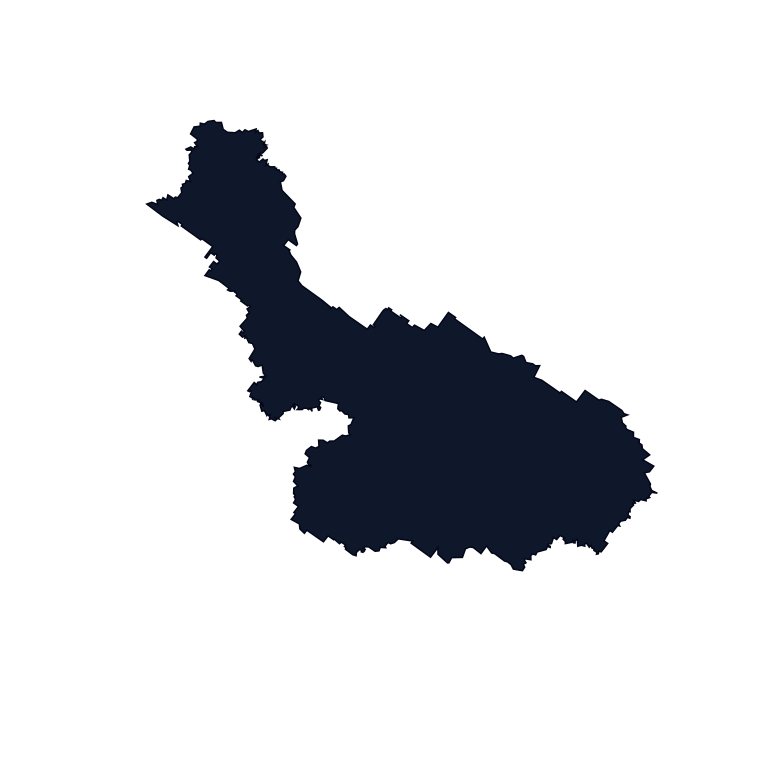 the district of Bathurst, New South Wales, Australia, rotated 117°
{"feature_id": "25037944B26387144583263", "entity_name": "Bathurst", "entity_type": "district", "adm_level": 2, "iso_a3": "AUS", "parent_name": "Australia", "parent_adm1": "New South Wales", "projection": "equal_earth", "projection_center": [149.529, -33.473], "detail": "fine", "context": "isolated", "style": "filled", "palette": "ink", "viewbox_px": 768, "rotation_deg": 117, "n_neighbors": 0, "source": "geoboundaries", "source_scale": "gbopen_adm2", "svg_char_len": 6164}
<svg xmlns="http://www.w3.org/2000/svg" viewBox="0 0 768 768"><g transform="rotate(117 384 384)"><path d="M331.4,677.1L334.9,657.2L336.5,639.5L333.5,642.4L332.7,641.1L333.4,636.1L335.2,636.4L338.8,612.8L337.2,612.4L339.3,599.0L352.2,601.2L352.5,599.1L345.7,598.0L346.3,593.8L344.5,593.5L344.8,591.5L347.9,590.9L349.2,586.0L353.0,587.4L352.2,591.4L359.0,592.7L359.4,589.3L361.8,589.8L361.6,591.6L368.7,592.8L366.8,578.3L369.2,565.3L371.2,566.1L371.2,563.3L368.8,558.8L369.9,558.8L370.4,555.5L372.6,555.9L373.6,549.1L375.1,549.3L376.4,541.0L375.3,540.1L375.4,538.0L379.3,540.1L381.6,536.4L385.2,537.8L387.3,535.7L397.9,538.5L400.6,532.3L402.5,532.8L401.6,535.0L405.3,535.6L406.5,531.3L404.1,529.4L406.3,528.8L405.1,527.6L408.5,523.2L407.6,519.6L411.5,514.9L422.6,515.7L424.2,512.6L422.0,512.5L426.1,506.7L425.6,504.1L422.4,501.2L429.1,496.5L430.6,492.9L434.3,498.1L433.3,493.3L437.5,494.2L439.9,497.3L442.3,497.0L441.6,500.4L451.9,502.3L451.9,500.4L450.5,500.2L451.4,498.6L456.1,497.8L456.0,495.1L457.1,494.3L455.7,493.5L457.0,492.5L455.4,488.4L457.0,488.6L456.3,483.7L457.9,482.3L457.3,485.0L459.2,484.7L463.7,480.5L462.0,478.4L465.2,474.2L463.9,474.3L464.7,472.4L463.1,471.3L467.7,470.2L466.1,468.5L466.2,464.3L464.1,463.5L463.4,465.3L462.8,461.4L462.0,462.6L456.1,460.4L454.4,461.5L449.9,456.0L446.2,456.3L445.5,454.9L446.9,452.6L444.0,452.8L443.7,455.6L442.3,454.9L442.4,450.7L444.4,449.2L446.2,449.8L444.0,445.4L442.0,444.5L440.6,441.7L441.1,439.7L439.3,438.6L441.0,435.6L438.4,437.6L434.6,433.1L437.1,430.5L436.5,429.6L433.8,429.7L432.9,432.0L429.4,432.1L428.2,435.1L426.4,434.4L425.7,431.7L424.5,433.7L423.3,433.2L423.3,431.0L425.5,429.1L422.1,415.7L427.0,414.0L428.1,411.0L426.9,409.8L428.5,405.2L427.3,401.9L430.1,399.8L427.7,395.6L435.1,395.0L437.5,396.8L443.5,393.3L444.6,391.1L447.8,394.7L448.5,397.9L457.5,402.5L459.5,406.4L462.1,407.7L461.7,412.6L463.7,416.8L469.2,413.6L472.2,415.9L472.7,420.3L478.3,422.9L482.0,422.6L483.4,416.9L488.5,416.8L489.8,414.9L489.6,412.0L490.7,411.8L491.6,416.0L497.6,420.9L499.0,426.1L502.3,423.2L505.4,423.8L506.9,420.8L511.9,420.4L513.9,414.6L517.7,417.1L522.7,414.8L523.7,412.3L525.3,412.8L527.0,410.4L531.0,410.6L531.9,404.6L539.4,406.0L539.7,403.9L546.8,405.3L547.1,395.9L551.4,393.1L553.2,387.1L549.3,386.4L552.1,366.3L544.7,364.9L545.6,358.1L544.8,357.9L546.5,351.2L544.3,350.2L544.7,347.2L545.0,345.2L546.8,345.5L547.1,343.5L548.7,343.4L550.3,334.5L549.7,330.9L546.7,332.1L542.9,330.9L542.1,328.1L543.8,328.1L543.6,326.4L542.1,325.7L539.8,325.7L539.9,327.7L537.8,327.2L536.1,323.8L537.1,316.0L534.9,312.7L531.3,313.2L529.1,308.1L528.0,309.4L523.5,308.6L523.3,305.5L520.6,302.8L515.5,301.0L510.9,287.1L513.5,287.6L517.2,263.9L505.3,261.7L511.2,258.6L514.6,246.2L513.9,245.0L508.0,244.9L502.9,235.4L493.8,236.6L490.2,233.4L489.2,230.1L491.1,220.6L481.7,219.1L485.7,211.4L484.9,208.4L487.0,196.3L486.4,193.1L487.3,188.7L490.2,184.7L487.5,175.9L483.3,175.5L481.5,178.0L478.8,176.3L477.3,178.9L475.7,178.9L473.9,173.3L470.3,175.3L468.0,174.5L467.4,171.3L464.2,171.3L457.9,164.4L454.5,164.6L454.2,161.7L453.1,162.2L453.3,165.0L452.2,165.1L450.2,162.3L443.9,163.3L444.2,159.5L439.1,158.4L439.1,153.2L440.9,154.0L442.0,150.9L443.9,150.0L439.8,144.8L437.5,144.7L439.5,143.1L438.9,141.6L436.9,142.5L434.6,141.2L440.6,137.7L438.1,135.0L437.3,131.5L435.5,132.7L434.0,131.1L436.2,127.0L433.8,126.4L435.8,124.1L435.3,122.1L437.0,121.5L437.3,117.9L439.2,117.4L438.0,115.9L435.5,116.7L435.0,114.3L424.5,112.3L423.9,116.8L412.0,116.3L412.4,113.2L404.0,111.5L403.5,109.5L402.0,111.4L398.8,110.9L395.8,107.1L392.3,106.6L392.0,104.0L390.5,104.4L390.0,107.0L386.8,108.2L386.2,106.7L383.4,108.2L378.5,106.7L377.4,108.3L376.0,106.0L374.1,108.7L373.1,103.8L370.4,102.9L369.1,97.4L367.3,98.4L364.5,95.7L363.9,97.2L359.0,96.2L357.2,90.9L357.4,97.1L354.6,100.5L352.1,101.2L345.0,111.7L341.7,107.6L334.7,106.3L334.1,119.1L326.5,115.1L324.3,124.4L321.2,126.5L320.7,129.9L317.6,131.2L318.3,137.5L313.7,139.8L314.2,146.6L313.5,148.7L311.7,149.3L310.4,153.9L306.0,157.5L300.9,152.9L301.5,156.6L299.6,160.1L297.5,175.8L298.9,183.3L300.8,185.2L298.5,201.9L312.6,204.4L310.0,222.6L312.1,223.0L309.0,245.0L310.0,253.5L297.0,253.6L299.0,257.4L298.5,260.7L300.4,267.2L296.0,272.2L295.9,274.3L302.3,280.6L301.4,284.0L303.2,292.7L305.1,295.4L307.0,303.4L296.8,316.0L299.1,316.5L293.9,350.7L292.2,350.4L291.0,359.1L308.9,361.8L308.8,369.7L318.0,372.4L317.7,383.6L320.8,384.4L319.9,391.3L316.4,390.6L315.0,401.3L315.8,398.8L317.6,399.1L315.9,411.2L314.4,410.9L314.0,414.4L316.2,414.7L315.9,416.6L318.3,417.9L321.6,418.5L336.1,420.4L336.4,418.3L338.2,418.7L337.6,422.9L342.8,423.8L339.8,445.7L336.1,458.7L339.1,459.9L338.4,464.5L341.5,466.3L340.0,466.0L337.5,477.2L333.7,501.8L331.1,507.4L322.0,509.1L315.1,517.2L311.4,525.5L308.4,529.0L307.3,528.7L306.2,536.3L298.9,534.9L300.4,524.9L298.5,524.6L290.8,531.9L287.4,533.4L282.8,532.1L273.9,533.4L267.6,544.6L263.9,544.9L257.8,562.7L250.9,568.1L248.5,565.9L243.4,565.7L242.2,568.4L243.2,569.7L241.4,570.5L242.2,573.3L240.9,574.5L242.0,577.4L240.6,577.7L241.2,579.0L240.1,579.9L242.2,584.1L241.9,586.7L240.6,587.2L242.7,588.6L237.2,589.9L239.0,591.8L238.5,594.0L242.9,595.9L242.1,599.4L239.2,598.4L240.1,600.5L237.8,600.3L238.4,598.2L237.1,599.0L235.7,595.9L235.5,599.8L233.2,597.0L226.8,595.1L226.1,596.0L227.0,597.8L225.7,597.0L225.5,598.9L224.5,597.7L224.8,599.5L222.5,600.2L224.5,600.7L222.8,602.1L223.4,603.3L222.3,605.3L218.8,604.0L215.3,606.3L217.0,609.2L215.4,611.4L217.9,612.8L214.8,613.7L220.6,619.5L220.6,623.3L224.2,624.4L223.5,628.1L227.7,630.7L230.8,637.8L230.1,642.9L224.7,647.6L227.3,652.7L226.4,655.0L229.9,660.0L233.9,662.0L235.0,666.1L237.8,664.9L241.1,669.9L249.0,669.9L250.6,661.4L252.9,660.8L254.9,662.4L257.2,658.1L258.6,660.5L260.9,659.9L260.5,663.8L264.7,667.1L265.2,665.6L263.3,662.5L264.0,660.4L268.2,661.6L273.6,658.2L276.3,658.4L277.4,656.3L281.4,655.6L281.1,653.4L282.9,649.8L287.9,652.2L291.4,648.4L292.4,652.6L295.4,652.1L297.6,654.3L299.4,652.8L301.5,653.9L305.3,651.1L311.7,652.4L312.2,654.8L314.3,655.3L313.6,662.4L318.7,661.2L318.3,665.5L321.2,665.5L321.6,668.2L323.5,669.7L326.8,667.1L327.5,673.4L331.4,677.1Z" fill="#0f172a" stroke="#020617" stroke-width="1.5"/></g></svg>